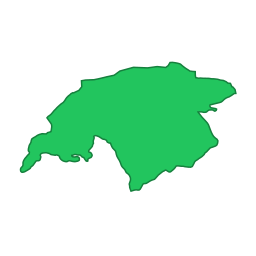 outline of Krong Pinang, Yala, Thailand, rotated 87°
{"feature_id": "78962969B4997487485742", "entity_name": "Krong Pinang", "entity_type": "district", "adm_level": 2, "iso_a3": "THA", "parent_name": "Thailand", "parent_adm1": "Yala", "projection": "natural_earth1", "projection_center": [101.271, 6.392], "detail": "fine", "context": "isolated", "style": "filled", "palette": "green", "viewbox_px": 256, "rotation_deg": 87, "n_neighbors": 0, "source": "geoboundaries", "source_scale": "gbopen_adm2", "svg_char_len": 5209}
<svg xmlns="http://www.w3.org/2000/svg" viewBox="0 0 256 256"><g transform="rotate(87 128 128)"><path d="M191.2,128.3L190.3,124.6L190.2,122.9L190.5,121.4L190.5,120.1L189.8,119.2L189.7,119.0L187.0,117.3L185.0,116.1L184.4,115.3L184.4,114.0L184.2,112.6L183.6,111.4L182.8,110.0L182.1,108.7L181.9,108.3L181.8,108.1L181.2,106.5L180.6,104.2L179.6,103.1L176.4,100.0L176.3,99.8L173.3,95.6L172.8,94.2L172.4,93.6L172.0,92.8L172.3,91.9L173.9,89.6L174.1,89.0L174.0,87.8L171.8,84.8L171.0,83.9L169.9,82.9L169.2,82.4L168.6,81.9L168.4,81.2L168.5,79.5L168.6,79.1L169.0,76.6L169.1,74.9L169.6,73.2L169.8,72.0L170.2,69.8L170.4,67.4L169.8,65.8L168.5,65.0L168.2,64.8L167.0,64.1L165.3,63.2L164.3,62.2L163.8,61.2L163.1,60.0L162.2,58.8L161.3,57.1L160.3,55.5L158.5,53.4L156.8,52.3L155.9,50.8L154.5,49.4L152.1,46.8L151.4,44.1L150.5,41.4L149.7,40.2L147.8,39.3L145.5,38.9L143.9,39.7L142.7,41.2L140.9,42.9L139.2,43.9L136.7,45.0L136.1,45.2L133.4,46.1L129.0,47.5L127.2,48.5L124.9,50.3L121.1,53.5L117.4,56.1L116.6,56.7L115.7,57.2L115.6,55.4L115.7,54.6L115.8,53.4L116.3,51.7L116.4,50.3L116.1,48.7L115.2,47.7L114.9,47.2L114.6,46.7L114.3,46.0L114.3,45.4L114.3,44.5L114.3,43.3L114.5,42.5L114.5,42.3L115.0,41.5L115.6,40.9L115.7,40.2L115.0,39.0L114.2,38.6L113.7,38.6L113.6,38.8L113.2,39.6L112.6,42.0L112.2,43.8L111.8,44.5L111.2,44.8L110.5,45.1L110.0,45.1L109.6,45.0L109.2,44.8L109.0,44.5L109.0,43.5L108.5,41.1L107.4,35.3L107.0,33.7L106.3,32.6L105.4,31.5L104.5,30.5L103.9,29.6L103.3,28.6L102.9,27.7L102.4,26.3L102.2,25.4L101.4,24.0L100.9,22.9L100.2,21.9L99.6,20.9L99.2,20.3L99.1,19.7L99.1,19.2L99.1,18.5L98.3,18.6L95.2,19.1L92.6,21.1L92.2,22.1L88.8,23.4L88.4,25.9L86.9,27.6L85.5,30.3L85.0,33.2L84.1,35.7L83.7,37.8L83.4,39.8L83.3,41.6L82.7,44.5L82.4,48.4L82.2,51.1L81.9,53.1L82.0,54.9L81.6,56.3L81.3,57.7L79.2,58.0L77.7,58.0L75.2,57.9L74.9,60.5L74.4,63.2L73.1,64.9L72.0,66.5L71.0,67.8L69.9,69.1L68.7,70.5L67.0,72.2L66.3,73.8L65.7,75.8L65.2,78.0L64.9,79.7L64.8,80.0L64.8,82.6L67.8,84.6L69.5,87.1L68.2,95.7L69.0,105.3L67.7,119.4L70.7,133.1L74.6,139.1L75.8,146.7L76.4,149.7L77.4,155.3L78.0,159.4L77.9,167.9L78.4,172.0L84.4,172.0L87.9,175.1L90.1,180.6L89.9,181.3L90.7,183.1L91.8,184.3L93.0,186.1L93.3,186.3L94.3,187.5L95.8,188.7L97.3,189.7L99.1,191.3L100.4,193.5L101.9,195.4L103.9,197.8L105.4,199.3L107.1,201.2L108.8,202.7L110.4,204.3L111.4,205.7L112.3,207.2L113.6,208.4L119.9,204.4L121.3,204.1L122.9,204.1L124.4,204.4L126.0,204.7L127.6,205.2L128.1,206.9L128.4,208.5L129.6,209.9L129.5,211.8L129.2,214.0L129.8,216.8L130.6,218.9L131.8,220.8L132.9,223.1L134.0,224.7L135.6,225.3L137.3,225.7L138.7,226.6L140.1,227.5L142.1,228.1L143.8,228.6L145.6,228.7L146.9,227.7L148.5,228.0L150.1,229.8L151.7,231.2L152.9,232.4L154.3,233.4L155.3,234.0L156.8,234.6L157.7,234.7L159.6,234.8L160.4,235.2L160.9,235.5L161.4,236.1L162.2,236.9L163.4,237.5L164.7,237.5L164.8,237.5L165.5,237.4L165.9,237.1L166.3,236.8L166.6,236.3L166.7,235.8L166.6,234.8L166.3,233.5L165.1,231.1L164.0,229.0L163.2,227.8L162.0,227.0L161.7,226.8L161.3,226.3L160.9,225.5L160.8,225.4L160.3,224.8L158.3,223.2L156.4,221.7L156.0,221.1L156.0,220.5L156.0,219.7L156.0,218.9L155.6,217.9L155.2,217.6L154.7,217.3L153.0,216.8L152.4,216.6L151.7,216.7L151.2,216.9L150.8,217.1L150.4,217.1L149.8,216.8L149.2,216.3L148.7,215.2L148.5,214.5L148.4,212.3L148.4,211.0L148.8,209.6L149.3,208.0L149.9,207.1L150.5,206.3L151.2,203.0L151.4,202.1L151.3,201.5L151.1,201.2L151.1,200.7L151.4,200.0L151.9,198.9L152.6,198.0L153.2,197.9L153.9,197.8L154.7,197.4L155.6,196.8L156.6,195.8L157.5,194.5L158.2,192.6L158.4,191.5L158.4,190.8L158.1,189.9L157.7,189.2L157.6,188.2L157.9,187.0L158.5,185.0L158.8,183.2L158.8,182.0L158.6,181.0L158.5,180.1L158.2,179.3L157.9,178.7L157.5,178.3L156.8,178.2L155.9,178.2L155.0,178.5L154.4,179.2L154.1,179.8L153.9,180.3L153.9,180.8L153.9,181.4L154.2,182.2L154.1,183.2L153.9,184.3L153.8,184.9L153.3,185.4L153.0,185.6L152.7,185.6L152.4,185.6L152.4,185.0L152.1,184.1L151.6,182.5L151.8,181.1L152.2,179.9L152.4,179.0L152.4,177.7L152.7,176.9L153.4,176.3L154.0,175.6L154.5,175.4L154.7,174.8L155.0,174.2L155.3,173.6L156.4,173.1L157.7,172.3L158.7,171.6L159.1,170.7L159.0,170.1L158.8,169.8L158.3,169.8L157.9,170.1L157.3,169.8L156.6,169.1L156.1,168.3L155.8,167.4L155.6,166.7L155.1,166.1L154.3,165.6L153.8,165.3L152.9,165.3L152.5,165.5L151.9,165.7L151.3,166.0L150.7,166.5L150.5,166.8L150.3,167.1L150.2,168.0L149.9,168.3L149.4,168.5L149.0,168.4L148.4,168.3L148.0,168.0L147.2,167.2L145.4,165.4L144.5,164.7L144.0,164.4L143.2,164.3L142.3,163.8L141.5,163.3L140.5,163.4L140.2,163.4L139.7,163.4L138.8,163.3L138.0,163.0L137.0,162.6L136.1,162.3L135.2,162.5L134.6,162.6L134.2,162.1L133.9,161.3L133.9,160.7L134.2,159.5L135.1,157.5L135.8,156.5L136.2,156.0L136.6,155.4L137.1,154.8L137.4,154.3L137.9,153.4L138.1,152.1L138.7,150.9L139.1,150.3L139.6,149.9L140.3,149.7L140.6,149.7L141.2,149.1L141.9,147.9L142.2,146.7L142.2,146.3L144.2,145.7L145.8,145.1L147.3,144.3L148.7,143.1L150.2,141.8L151.9,141.3L153.4,141.1L155.7,140.5L158.0,139.4L160.0,138.3L162.0,137.5L163.7,137.0L165.3,136.5L166.8,135.6L168.2,134.4L169.3,133.4L170.8,132.8L172.5,132.0L173.6,130.6L175.2,129.2L177.4,128.3L179.1,128.1L180.8,128.4L182.4,129.1L184.0,129.7L185.9,129.4L187.5,129.4L189.3,128.9L191.2,128.3Z" fill="#22c55e" stroke="#15803d" stroke-width="1.5"/></g></svg>